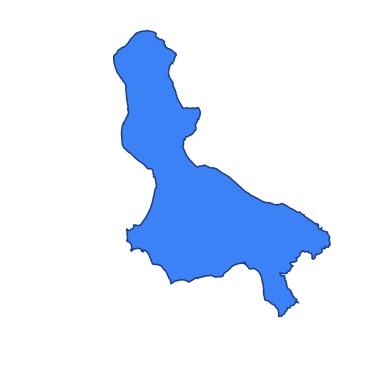 Calabria, Catanzaro, Italy, rotated 136°
{"feature_id": "23120603B55310757134450", "entity_name": "Calabria", "entity_type": "district", "adm_level": 2, "iso_a3": "ITA", "parent_name": "Italy", "parent_adm1": "Catanzaro", "projection": "orthographic", "projection_center": [16.268, 39.03], "detail": "fine", "context": "isolated", "style": "filled", "palette": "blue", "viewbox_px": 384, "rotation_deg": 136, "n_neighbors": 0, "source": "geoboundaries", "source_scale": "gbopen_adm2", "svg_char_len": 5986}
<svg xmlns="http://www.w3.org/2000/svg" viewBox="0 0 384 384"><g transform="rotate(136 192 192)"><path d="M122.4,69.0L124.8,73.1L125.3,75.0L125.1,76.0L125.7,76.2L126.1,77.3L125.8,79.2L124.8,79.3L123.7,81.1L123.9,81.5L124.6,81.6L124.3,82.2L124.4,82.9L125.2,83.2L125.5,83.8L126.3,89.5L127.8,95.6L127.9,97.2L127.3,97.8L127.9,98.4L128.4,101.5L128.4,102.8L130.2,104.1L131.5,109.7L132.2,110.8L132.8,112.8L133.5,116.4L134.8,120.2L135.9,121.7L137.9,122.1L139.0,123.6L139.5,124.0L139.1,123.4L140.0,123.7L142.1,126.9L143.6,130.4L145.9,132.7L147.6,135.7L151.2,147.2L151.8,148.2L152.5,153.2L153.3,155.0L154.9,177.8L155.9,180.6L156.3,182.8L156.7,183.2L158.3,191.8L160.0,194.7L161.8,196.3L164.4,202.8L166.2,203.4L168.8,205.5L170.3,205.7L170.9,206.5L171.3,209.0L171.3,217.1L170.6,222.1L167.8,229.7L167.2,230.8L164.6,232.4L163.7,233.7L162.3,234.8L161.8,235.0L161.6,234.7L161.3,234.5L161.7,235.1L160.8,235.1L161.4,234.0L158.8,235.7L155.6,234.6L153.8,234.4L153.5,233.8L152.6,234.1L152.1,233.5L149.9,233.6L148.2,234.3L147.6,233.9L146.1,234.1L144.6,235.3L143.4,237.3L142.1,238.5L140.9,238.5L138.0,239.9L137.4,239.7L137.3,240.1L137.1,239.9L137.5,239.6L136.6,240.1L136.3,239.8L135.3,240.9L133.9,241.0L131.3,242.9L130.0,244.7L128.9,247.8L129.0,248.4L130.1,248.8L130.3,249.3L131.0,249.3L131.4,250.2L132.5,250.8L133.2,252.1L134.6,252.7L135.1,253.6L136.1,254.1L136.9,255.9L139.9,257.9L140.2,258.9L139.9,260.4L137.9,268.0L136.6,271.5L135.8,272.2L135.7,273.3L134.1,275.4L132.6,279.2L132.4,279.8L132.7,280.1L132.2,281.3L131.5,281.7L131.2,282.6L130.4,283.3L129.9,283.5L129.5,284.4L129.8,285.2L129.4,285.6L129.0,287.1L129.1,288.9L127.7,291.6L127.7,292.2L127.3,292.3L127.1,292.9L125.3,295.0L120.4,298.1L118.2,298.7L116.9,298.5L116.7,298.0L115.9,298.9L115.2,298.6L114.2,298.9L112.8,299.4L111.7,300.5L108.0,301.6L107.7,302.7L107.8,303.6L107.5,303.3L107.4,303.3L107.9,304.4L107.9,307.8L108.7,308.5L108.6,310.2L110.1,312.4L109.6,313.7L110.3,314.6L109.7,315.6L109.6,316.8L109.3,316.6L109.5,315.7L109.3,316.2L109.3,317.7L107.4,319.3L107.4,320.6L107.9,323.0L109.7,324.3L109.2,325.9L110.2,327.9L109.7,329.4L107.7,330.9L107.9,332.3L108.9,334.5L112.4,339.7L114.4,340.4L115.6,342.0L117.1,342.6L118.3,343.7L119.8,343.7L121.5,344.9L124.5,344.9L126.9,344.5L129.9,344.6L134.2,343.6L138.7,343.2L140.0,343.4L140.4,343.9L142.5,344.6L146.9,345.2L149.7,344.2L151.3,344.1L152.1,344.5L154.3,343.8L158.0,339.5L160.6,334.8L163.0,329.3L162.9,327.6L163.5,325.7L164.5,320.0L164.9,316.0L165.3,314.9L168.2,311.9L175.0,303.3L178.6,297.9L181.0,295.9L180.8,295.8L181.8,294.0L183.8,292.3L186.9,291.4L193.0,288.8L194.0,288.8L194.5,288.3L194.6,288.5L194.2,288.6L194.0,289.0L197.7,286.9L201.8,283.4L209.0,274.8L210.2,271.4L210.2,269.1L209.9,264.4L209.5,263.7L209.1,260.0L209.2,256.0L208.6,251.0L207.8,248.3L207.4,244.8L207.6,240.0L207.2,238.6L206.4,238.5L205.2,237.0L205.0,235.8L205.9,233.6L207.6,231.7L207.7,230.7L208.2,230.1L208.8,230.0L208.7,229.5L209.0,229.1L208.5,228.2L212.6,221.9L214.6,220.0L215.4,219.8L215.7,219.9L215.4,220.1L215.7,220.1L227.9,212.0L232.1,209.7L237.4,207.5L242.4,205.9L250.2,204.3L252.5,204.3L254.4,205.4L255.4,207.5L256.9,208.2L257.0,208.7L257.8,208.4L257.4,208.4L258.0,207.3L259.4,206.9L263.8,207.8L264.7,208.7L264.3,210.0L264.8,210.5L265.1,210.2L264.9,209.6L265.5,209.5L265.3,209.3L265.5,208.8L266.8,208.1L270.6,203.4L271.7,202.8L271.7,202.4L272.1,202.5L272.4,201.9L272.7,202.1L273.0,201.5L271.8,199.9L271.9,198.7L271.7,198.3L272.1,197.6L272.1,196.4L273.9,193.7L274.7,193.3L274.7,192.8L276.5,192.8L276.6,191.7L275.7,192.0L274.8,191.4L273.1,191.1L270.2,189.3L269.0,187.6L268.5,186.3L268.4,185.3L269.0,184.9L269.0,184.5L269.1,185.0L269.3,184.7L268.9,183.7L268.0,182.5L269.0,184.2L268.4,184.1L268.5,183.7L268.0,184.1L267.1,183.6L268.0,183.0L266.8,183.3L266.0,181.0L266.2,178.5L267.0,175.7L269.7,169.4L270.2,167.3L269.4,166.1L267.8,164.7L265.6,160.9L265.5,159.1L266.1,156.0L265.9,153.4L266.3,151.5L268.3,146.4L268.7,144.1L270.8,140.5L266.5,139.8L262.7,137.7L260.1,135.8L258.2,133.4L256.7,129.3L249.7,127.7L248.1,126.9L248.0,126.3L247.6,126.2L247.9,126.2L248.3,126.4L248.3,126.2L244.9,124.8L243.6,123.7L239.9,121.9L239.4,121.1L236.3,118.8L235.3,117.2L234.6,115.0L229.6,110.6L228.0,110.1L225.6,111.3L220.9,110.6L213.9,110.6L211.5,109.8L207.7,107.8L204.8,105.5L203.9,104.2L204.0,103.8L203.6,104.3L204.0,105.2L203.6,104.8L203.6,105.5L203.4,105.4L203.4,104.6L202.8,104.1L203.4,103.5L204.0,103.5L203.6,101.6L204.1,96.6L201.6,94.9L200.1,92.9L199.6,90.8L199.4,88.5L199.8,86.4L201.2,82.3L203.3,79.4L204.9,76.4L207.9,72.4L209.5,71.0L211.8,68.2L213.4,65.2L214.2,64.5L214.5,63.3L213.4,61.9L212.8,60.6L212.4,56.3L211.3,53.5L211.2,52.7L211.8,51.0L211.6,49.6L211.9,47.5L213.7,44.8L216.0,42.3L215.4,41.6L214.4,41.3L214.2,40.7L213.5,40.4L211.6,40.8L209.9,40.1L208.4,41.2L207.3,40.7L206.5,40.9L205.1,41.4L203.9,42.4L202.7,40.9L201.1,40.8L200.2,41.6L197.7,40.2L195.7,40.1L193.8,41.1L193.4,39.9L192.5,38.8L192.4,41.0L191.2,42.0L192.0,43.9L191.5,46.2L191.9,46.9L190.9,48.6L190.4,50.0L190.6,50.6L189.7,51.8L189.5,52.8L190.1,56.3L189.5,57.1L189.3,58.3L187.4,60.6L187.2,61.6L186.1,63.0L186.3,64.1L185.9,64.9L184.7,65.6L184.3,67.0L183.7,67.4L184.8,69.0L186.1,69.7L185.6,72.2L185.1,72.6L184.1,71.7L184.0,70.8L183.3,70.6L180.8,67.7L177.9,68.1L176.5,67.4L176.0,67.9L174.6,68.0L172.7,69.1L171.4,68.5L170.7,68.7L171.3,70.0L170.8,72.9L169.3,72.4L167.7,71.0L164.9,69.6L163.7,70.5L162.7,72.2L162.0,71.4L160.8,71.7L159.0,71.4L157.7,71.9L156.8,72.9L153.9,72.6L153.3,73.1L152.8,72.4L152.6,70.8L152.1,70.2L149.9,68.8L150.4,67.7L149.4,66.4L148.9,64.5L150.2,62.1L151.0,61.8L151.7,61.0L151.4,59.5L149.1,59.1L148.7,59.5L148.8,60.1L147.1,60.7L146.4,60.5L146.0,61.0L145.8,60.4L144.8,59.7L140.6,58.4L140.0,58.6L139.7,59.4L139.0,59.8L138.7,60.3L137.4,61.1L136.6,59.3L135.2,59.0L134.4,60.4L134.0,59.5L133.1,58.9L133.0,58.2L132.2,57.6L131.0,58.2L130.5,57.9L129.2,58.3L129.1,59.0L128.3,59.3L127.8,60.6L127.1,61.0L126.5,62.4L124.3,63.8L123.4,68.0L122.4,69.0ZM124.3,75.6L123.7,76.1L124.9,76.2L124.9,75.8L124.3,75.6Z" fill="#3b82f6" stroke="#1e3a8a" stroke-width="1.5"/></g></svg>